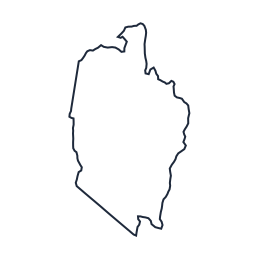 the district of Floresta Azul, Bahia, Brazil, rotated 188°
{"feature_id": "56859067B86811089871077", "entity_name": "Floresta Azul", "entity_type": "district", "adm_level": 2, "iso_a3": "BRA", "parent_name": "Brazil", "parent_adm1": "Bahia", "projection": "robinson", "projection_center": [-39.728, -14.846], "detail": "fine", "context": "isolated", "style": "outline", "palette": "slate", "viewbox_px": 256, "rotation_deg": 188, "n_neighbors": 0, "source": "geoboundaries", "source_scale": "gbopen_adm2", "svg_char_len": 2040}
<svg xmlns="http://www.w3.org/2000/svg" viewBox="0 0 256 256"><g transform="rotate(188 128 128)"><path d="M105.0,22.6L105.0,25.4L104.9,28.4L104.8,31.3L103.4,33.8L103.1,37.1L105.2,39.1L105.8,41.9L103.4,42.2L101.0,41.9L98.4,41.9L95.2,41.5L92.5,39.2L91.3,36.1L87.2,33.6L84.1,33.2L81.1,32.9L80.3,36.7L81.7,39.9L83.8,42.2L83.9,44.8L83.8,49.4L83.4,53.0L83.4,55.9L83.5,58.6L82.9,62.3L81.0,65.0L79.7,68.3L79.2,70.6L78.3,73.0L78.2,76.7L78.9,79.4L79.0,83.5L78.9,86.7L80.1,90.4L81.0,93.7L79.5,97.7L77.7,101.0L76.6,103.8L76.2,106.7L74.7,109.9L72.4,112.0L69.3,114.9L68.3,118.7L71.2,121.8L70.5,124.8L70.1,127.4L71.4,129.4L72.5,131.9L71.6,134.5L70.1,137.7L69.0,141.0L69.8,146.1L69.3,151.2L70.6,155.3L71.5,158.7L73.6,160.5L75.9,161.5L78.7,164.5L81.0,164.9L83.8,165.1L86.3,166.5L87.4,169.5L88.1,172.9L88.7,175.5L88.0,178.0L89.5,180.1L91.6,180.7L93.7,178.0L96.1,177.1L98.0,178.3L100.1,178.8L102.7,179.9L104.9,180.5L105.5,183.6L107.6,185.7L108.8,188.5L111.0,191.4L114.0,189.0L115.0,184.2L118.2,184.5L119.0,187.4L118.3,190.0L118.5,194.1L119.3,196.9L120.5,199.9L121.7,204.1L122.3,207.7L122.8,210.7L123.3,213.4L123.3,218.0L123.2,221.6L123.3,224.9L124.0,227.7L126.0,231.4L127.9,233.0L130.2,233.4L132.2,232.0L133.7,230.4L136.2,230.0L138.6,228.9L141.8,228.4L144.6,227.2L145.6,223.7L147.8,220.5L150.7,216.8L147.8,216.3L146.1,217.6L143.6,215.5L141.2,213.3L142.0,209.8L142.7,206.6L142.3,203.3L145.1,202.5L148.1,204.5L151.7,205.9L155.0,205.9L159.4,204.8L163.3,205.0L166.2,206.3L168.9,203.3L171.3,201.7L173.5,199.8L176.6,199.8L179.0,198.3L180.1,196.3L181.0,193.7L182.2,191.2L183.6,188.7L186.0,187.2L186.9,139.2L186.8,136.9L187.7,133.9L187.6,131.0L185.4,130.1L183.3,129.9L182.8,127.2L182.3,123.7L182.5,120.3L181.9,117.6L181.7,115.0L181.2,112.4L180.7,109.7L180.4,106.4L179.9,103.0L179.4,100.3L177.7,98.0L175.7,96.9L174.3,93.5L173.9,91.0L173.0,88.7L169.8,84.4L168.3,82.7L168.4,79.4L170.7,77.5L171.3,73.2L171.5,69.9L172.1,66.5L170.7,63.3L160.2,56.6L146.2,47.8L137.5,42.2L134.7,40.4L128.7,36.6L107.6,23.3L105.0,22.6Z" fill="none" stroke="#1e293b" stroke-width="2"/></g></svg>